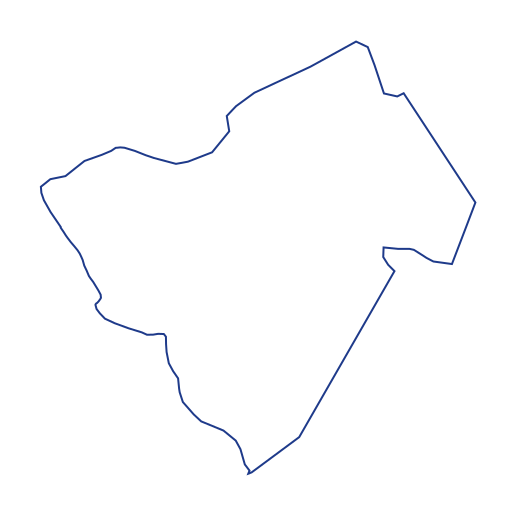 Esperance, Vieux Fort, Saint Lucia, rotated 92°
{"feature_id": "8701671B19142540356259", "entity_name": "Esperance", "entity_type": "district", "adm_level": 2, "iso_a3": "LCA", "parent_name": "Saint Lucia", "parent_adm1": "Vieux Fort", "projection": "natural_earth1", "projection_center": [-60.961, 13.789], "detail": "fine", "context": "isolated", "style": "outline", "palette": "blue", "viewbox_px": 512, "rotation_deg": 92, "n_neighbors": 0, "source": "geoboundaries", "source_scale": "gbopen_adm2", "svg_char_len": 1444}
<svg xmlns="http://www.w3.org/2000/svg" viewBox="0 0 512 512"><g transform="rotate(92 256 256)"><path d="M233.9,452.1L234.5,452.2L238.4,449.3L240.0,448.2L242.2,446.7L244.4,445.0L248.7,441.5L252.4,438.1L256.4,434.6L259.8,432.2L262.9,430.6L266.0,429.1L271.6,427.3L276.6,424.7L281.8,422.3L284.4,420.4L287.6,417.8L290.8,415.7L295.8,412.4L300.1,409.9L303.2,409.5L304.4,410.1L306.8,411.7L308.4,413.1L309.1,414.1L310.0,414.7L310.6,414.7L314.5,413.5L318.7,410.1L323.9,404.8L328.1,394.9L332.7,380.8L336.3,367.5L338.5,362.2L338.2,356.1L337.2,351.1L337.2,345.4L339.8,343.2L347.3,342.8L355.1,342.0L366.2,339.4L374.0,334.8L381.0,329.6L391.3,328.2L394.9,327.5L404.5,324.0L416.5,312.7L423.2,305.0L431.6,282.4L441.2,269.8L449.6,264.8L464.7,259.9L470.7,255.0L473.8,256.1L472.4,252.8L435.5,206.5L266.3,117.1L260.2,123.6L252.6,128.8L243.0,128.8L243.9,114.5L243.7,108.0L243.5,102.9L244.3,98.5L249.7,89.2L251.9,85.6L254.8,79.6L255.3,78.5L257.2,59.9L219.3,46.9L194.9,38.6L88.2,114.1L91.6,120.4L89.1,133.8L61.1,144.2L43.3,151.6L38.2,163.5L64.9,208.2L82.4,242.7L92.9,263.3L106.9,281.1L110.7,284.5L117.1,290.1L132.3,287.1L153.9,303.5L164.1,327.3L165.5,333.5L166.7,339.2L161.6,361.5L160.4,365.4L159.2,369.5L156.7,376.5L155.2,380.7L152.4,391.2L152.2,395.5L152.6,398.2L152.8,400.0L156.0,404.4L160.3,413.7L167.0,430.7L174.3,439.3L182.8,449.2L186.4,464.2L194.3,473.4L200.4,472.7L207.7,469.9L219.3,462.8L233.9,452.1Z" fill="none" stroke="#1e3a8a" stroke-width="2"/></g></svg>